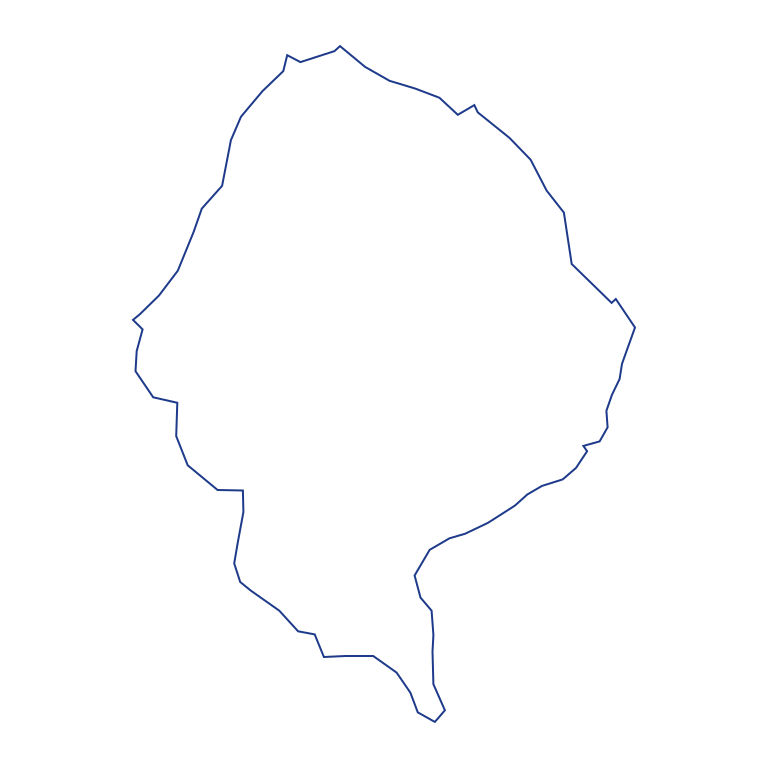 outline of Silikou, Limassol, Cyprus
{"feature_id": "46923920B81520902942446", "entity_name": "Silikou", "entity_type": "district", "adm_level": 2, "iso_a3": "CYP", "parent_name": "Cyprus", "parent_adm1": "Limassol", "projection": "equal_earth", "projection_center": [32.888, 34.83], "detail": "fine", "context": "isolated", "style": "outline", "palette": "blue", "viewbox_px": 768, "rotation_deg": 0, "n_neighbors": 0, "source": "geoboundaries", "source_scale": "gbopen_adm2", "svg_char_len": 1125}
<svg xmlns="http://www.w3.org/2000/svg" viewBox="0 0 768 768"><path d="M474.3,105.1L457.8,114.8L439.5,97.8L415.6,88.7L389.5,80.8L365.1,66.9L340.0,46.1L334.5,51.1L300.4,62.1L287.2,55.2L283.3,71.1L262.5,91.1L241.0,116.7L230.9,140.2L222.1,185.8L201.8,208.6L193.6,232.0L177.8,270.7L158.9,295.6L139.9,314.2L133.0,319.9L142.6,329.4L136.7,351.0L135.5,371.2L153.2,397.3L177.3,402.8L176.2,436.1L187.7,465.3L217.6,490.0L242.9,490.5L243.4,512.1L237.9,541.8L234.2,563.4L240.2,582.0L250.8,590.6L279.3,610.7L298.1,631.3L314.7,634.4L323.9,657.0L345.5,656.0L359.8,656.0L373.2,656.0L396.6,672.6L410.4,692.7L417.8,712.4L434.8,721.9L437.5,718.9L444.9,710.3L433.4,684.2L432.5,651.5L432.9,644.4L433.4,634.9L431.6,610.7L420.5,597.6L414.6,575.5L429.7,549.8L449.5,538.3L465.2,533.7L488.2,522.7L514.9,505.6L527.3,494.5L542.0,485.9L562.7,479.4L576.1,467.8L587.1,451.2L583.4,445.9L599.6,441.4L602.0,437.2L607.6,427.3L606.4,410.8L612.0,394.7L619.6,379.0L622.0,363.8L627.6,348.1L635.0,327.5L615.8,299.0L611.6,302.9L571.7,264.0L563.9,212.6L546.7,190.7L530.6,159.7L509.5,137.9L477.8,112.4L474.3,105.1Z" fill="none" stroke="#1e3a8a" stroke-width="2"/></svg>